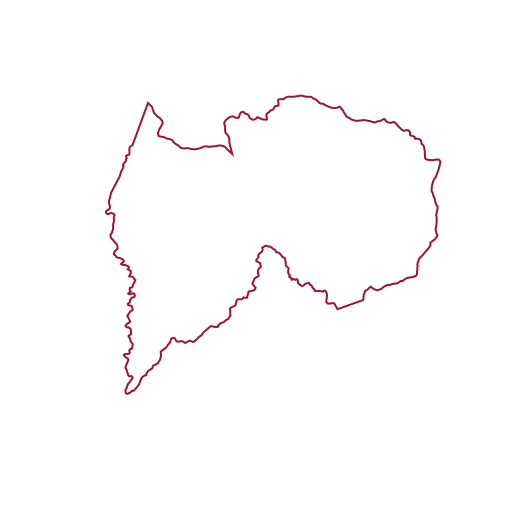 Santiago, Putumayo, Colombia (orthographic projection), rotated 113°
{"feature_id": "7082276B6069538576370", "entity_name": "Santiago", "entity_type": "district", "adm_level": 2, "iso_a3": "COL", "parent_name": "Colombia", "parent_adm1": "Putumayo", "projection": "orthographic", "projection_center": [-76.991, 1.09], "detail": "fine", "context": "isolated", "style": "outline", "palette": "rose", "viewbox_px": 512, "rotation_deg": 113, "n_neighbors": 0, "source": "geoboundaries", "source_scale": "gbopen_adm2", "svg_char_len": 6093}
<svg xmlns="http://www.w3.org/2000/svg" viewBox="0 0 512 512"><g transform="rotate(113 256 256)"><path d="M96.4,124.1L95.8,125.5L96.7,127.7L98.6,130.5L99.7,133.3L100.4,135.8L100.3,137.9L99.4,138.8L93.7,141.6L89.8,144.0L88.7,145.2L88.0,147.4L85.2,149.3L84.8,150.2L84.7,152.5L85.8,155.1L85.8,155.6L84.4,156.5L84.3,158.4L84.7,161.0L84.3,161.6L81.8,162.6L80.8,164.9L81.4,166.8L83.1,168.8L82.8,171.0L80.7,176.6L79.0,179.3L78.9,180.4L78.8,181.6L80.9,184.1L81.4,187.5L80.8,189.5L79.7,191.2L80.0,191.9L83.2,194.4L84.7,196.9L85.9,197.9L86.8,199.1L87.2,202.9L88.5,209.4L92.2,216.0L92.9,219.3L93.0,221.7L92.4,224.4L92.5,227.0L90.4,229.6L89.8,230.9L87.9,232.9L87.1,235.1L85.9,236.9L85.9,237.5L87.7,239.1L89.4,242.0L90.1,244.8L90.1,251.3L89.7,253.9L90.4,256.1L90.4,257.4L88.6,261.7L88.7,264.4L87.9,267.4L89.7,271.8L90.7,277.1L95.1,284.3L96.7,288.5L98.9,290.9L100.9,291.9L102.1,294.9L103.1,296.4L103.5,296.6L104.8,296.2L107.6,294.4L108.8,294.3L109.3,294.5L109.6,295.6L110.9,297.0L112.2,297.4L113.8,297.3L114.7,297.7L116.8,299.7L118.1,300.0L120.8,301.7L122.7,301.4L125.4,299.4L126.0,299.3L126.5,299.7L127.7,303.2L127.7,308.8L128.1,309.2L129.3,309.5L130.6,310.5L131.4,311.3L131.8,312.4L131.6,315.1L131.2,316.0L129.4,317.6L129.0,318.7L129.1,321.8L128.4,323.5L128.4,324.7L130.0,326.0L131.9,326.3L135.1,326.0L135.9,326.5L136.6,328.2L136.5,332.1L138.6,334.7L140.8,336.0L143.0,337.0L145.7,337.3L147.3,336.6L148.6,335.1L150.8,334.4L154.3,332.4L156.2,328.6L158.6,326.3L161.6,325.1L163.3,323.9L171.3,317.8L169.0,324.3L167.7,327.0L167.5,328.6L168.3,332.6L171.1,336.6L172.2,339.2L173.5,340.8L174.6,345.0L175.9,347.0L178.6,349.6L180.3,351.7L182.0,354.6L182.9,357.7L183.1,360.0L185.7,366.0L185.8,367.4L184.5,371.4L184.1,374.7L182.8,377.6L182.1,378.3L182.0,379.2L182.1,381.6L182.8,384.0L182.5,386.5L183.7,392.3L181.8,394.0L180.4,394.4L177.0,394.5L171.5,393.8L169.6,394.1L168.3,395.0L166.5,398.7L166.1,401.0L164.2,405.7L159.3,410.2L157.4,415.2L202.2,413.0L205.2,414.8L207.4,414.3L210.3,412.8L212.1,412.3L214.5,414.7L215.5,414.2L216.4,413.2L217.9,413.5L218.9,412.9L219.8,412.9L222.8,414.0L224.5,413.9L224.8,413.2L225.9,412.8L230.7,413.1L236.5,412.6L253.9,414.1L263.7,412.6L268.5,409.2L269.9,409.3L273.4,411.5L274.5,411.2L275.4,409.7L275.4,408.6L272.9,406.1L272.9,403.2L273.4,402.3L276.2,401.9L279.2,400.4L282.7,399.9L286.6,398.2L291.1,397.7L293.3,398.3L294.8,397.5L296.0,396.3L299.5,389.1L301.0,387.4L303.4,386.3L306.8,387.9L309.2,387.9L310.0,387.3L310.6,385.3L311.7,383.9L311.0,380.0L311.3,376.8L312.3,375.6L313.1,375.5L315.4,377.0L316.1,377.1L316.3,375.0L315.4,372.9L315.4,369.5L316.1,368.4L318.3,369.0L318.6,365.7L319.3,365.0L320.7,364.5L324.1,364.9L324.1,364.1L323.3,361.8L323.7,360.2L324.8,359.1L325.1,357.8L327.2,357.6L330.0,358.0L332.5,357.6L333.4,358.0L334.6,359.6L336.2,359.3L337.2,358.5L337.6,357.6L340.5,358.9L340.8,358.0L340.5,357.1L338.2,354.4L338.3,353.4L339.6,352.1L341.3,351.9L343.0,354.1L345.9,354.7L347.6,354.1L350.2,355.3L351.1,354.5L350.6,351.1L353.2,348.6L354.3,348.7L356.4,350.1L361.4,351.1L365.3,346.3L366.0,346.2L368.7,348.1L370.9,349.0L371.9,347.8L372.1,346.7L371.4,345.8L372.0,343.3L372.5,342.6L376.5,340.5L377.7,340.9L378.5,341.8L379.2,342.1L380.1,341.7L380.5,340.6L384.1,337.5L384.8,335.6L385.6,334.9L389.6,333.9L390.7,335.3L391.4,335.7L392.4,335.8L394.1,334.5L394.8,334.4L395.7,334.8L397.5,338.2L398.7,339.0L399.4,338.1L400.4,335.8L400.4,334.0L401.0,333.2L402.6,332.8L408.7,332.8L409.9,332.5L410.7,331.2L415.5,327.1L416.3,326.0L415.2,323.4L416.3,321.9L422.4,323.2L423.8,323.9L427.9,323.5L430.6,323.8L433.2,322.1L433.1,320.4L431.8,319.5L431.2,318.5L428.7,317.6L428.1,316.2L426.3,315.3L420.2,313.5L415.3,313.7L411.9,313.4L409.4,311.8L408.6,310.5L406.8,310.9L405.6,310.8L403.3,310.0L400.2,307.8L399.3,307.6L397.4,307.9L393.1,304.4L389.4,303.9L386.4,304.1L384.1,304.8L381.5,306.3L380.9,306.2L376.2,303.4L373.8,302.5L371.8,302.3L369.5,301.5L366.1,301.6L364.6,301.4L363.8,300.4L363.5,298.4L365.0,296.7L365.5,295.9L365.5,295.0L365.1,293.7L363.5,291.5L363.3,289.9L363.7,287.0L360.5,284.7L359.8,283.8L359.7,280.3L359.4,279.8L355.6,277.8L353.2,277.2L350.3,275.2L347.3,274.7L339.1,270.7L337.9,269.6L337.5,266.6L336.3,263.5L334.6,263.7L332.9,262.7L332.0,262.6L330.4,260.7L329.0,259.6L327.0,258.8L324.7,256.9L321.0,256.3L316.4,258.3L314.9,259.5L313.2,258.9L309.8,255.8L308.9,255.7L304.2,256.5L302.8,255.7L301.3,252.0L298.9,251.2L298.6,249.3L297.8,248.0L291.6,248.9L289.9,246.2L287.9,244.3L287.0,243.9L285.3,244.1L283.1,248.3L282.7,248.5L277.0,248.5L273.6,245.9L272.9,245.9L270.2,247.9L268.7,248.5L266.6,248.5L264.6,247.5L263.8,247.4L260.9,249.5L260.6,253.7L259.6,254.2L256.5,253.3L255.8,253.3L254.4,254.2L253.9,254.1L251.6,253.5L250.1,252.4L248.6,252.1L247.5,252.4L245.9,253.5L242.9,251.3L242.4,250.1L242.5,248.5L242.0,247.8L242.1,244.9L242.7,243.7L242.9,240.9L244.4,239.1L244.1,235.6L246.7,231.0L246.4,229.6L246.8,228.5L247.7,227.7L252.7,225.0L253.4,224.2L254.4,221.5L254.9,221.0L257.7,220.5L259.5,219.4L260.5,217.3L261.9,217.4L262.4,216.9L262.2,216.4L262.5,215.1L263.9,213.9L263.7,213.4L262.6,212.9L262.5,210.4L261.5,209.6L261.5,208.5L264.5,206.6L265.2,205.1L265.7,202.7L265.4,201.6L264.4,200.6L262.2,199.7L260.2,196.9L260.2,196.3L261.6,194.8L261.4,193.6L261.7,192.9L263.0,191.7L264.1,188.8L265.1,188.0L264.2,185.2L263.4,184.5L262.7,180.5L261.1,179.6L261.0,178.3L262.8,176.2L265.0,175.1L271.0,173.3L271.7,171.6L271.6,170.7L269.2,166.5L269.1,165.4L273.1,160.2L254.6,140.1L249.5,141.7L245.4,141.8L243.8,140.5L239.3,138.4L240.0,136.6L240.4,134.2L240.2,131.2L239.7,130.4L237.4,127.9L234.2,126.2L230.9,123.2L230.4,121.4L228.4,119.5L225.9,115.2L222.4,112.9L221.9,111.3L219.9,110.4L217.9,109.0L216.6,107.5L213.7,102.9L211.3,100.8L209.3,100.8L207.6,101.8L205.7,102.0L203.4,103.1L201.9,103.3L200.5,104.3L194.7,104.8L190.2,103.0L179.8,99.7L178.1,99.6L176.1,100.5L175.2,100.5L171.0,98.0L166.6,96.8L165.7,97.4L164.5,98.8L161.6,101.0L155.7,102.4L150.0,104.7L147.8,106.2L141.3,107.4L139.5,108.1L138.6,109.8L137.0,111.4L133.0,114.3L131.3,116.3L129.2,117.6L127.9,119.5L126.7,120.2L121.7,121.7L117.4,122.1L115.3,122.0L113.4,121.3L104.2,121.8L97.5,122.9L96.4,124.1Z" fill="none" stroke="#9f1239" stroke-width="2"/></g></svg>